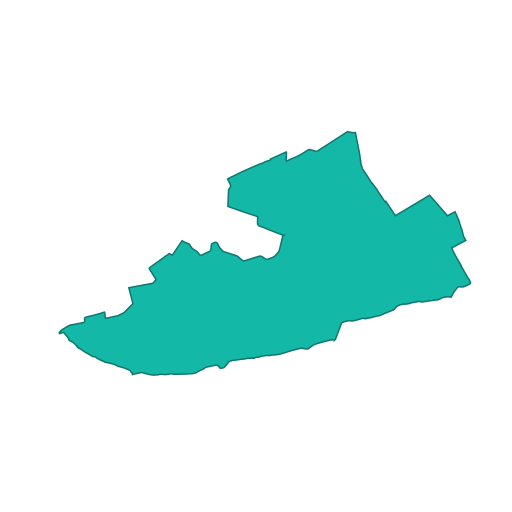 outline of Cumpana, Constanta, Romania, rotated 348°
{"feature_id": "2599482B64755451325856", "entity_name": "Cumpana", "entity_type": "district", "adm_level": 2, "iso_a3": "ROU", "parent_name": "Romania", "parent_adm1": "Constanta", "projection": "equal_earth", "projection_center": [28.523, 44.126], "detail": "fine", "context": "isolated", "style": "filled", "palette": "teal", "viewbox_px": 512, "rotation_deg": 348, "n_neighbors": 0, "source": "geoboundaries", "source_scale": "gbopen_adm2", "svg_char_len": 6004}
<svg xmlns="http://www.w3.org/2000/svg" viewBox="0 0 512 512"><g transform="rotate(348 256 256)"><path d="M50.5,287.9L47.6,290.0L47.5,290.5L47.8,291.1L48.2,291.2L51.1,290.7L51.4,290.5L51.8,290.5L53.5,293.7L54.6,295.7L55.5,297.2L55.5,297.7L55.4,297.7L55.5,299.2L56.1,299.9L57.8,301.5L58.6,302.0L59.6,303.2L61.4,305.7L62.3,306.6L62.6,307.1L62.1,307.3L62.5,308.4L63.0,308.7L63.3,309.1L63.6,309.6L64.7,310.2L64.8,310.3L65.5,311.0L68.2,313.9L70.4,316.0L71.1,316.5L71.5,316.7L72.6,317.7L72.9,318.1L74.2,319.3L75.4,320.4L77.1,320.9L77.8,321.4L78.1,321.7L78.9,322.5L79.9,323.5L83.4,326.4L85.1,327.4L85.6,328.1L86.9,328.9L88.1,329.2L89.7,329.9L91.0,330.6L92.9,331.5L95.7,333.1L97.6,334.9L104.0,338.2L109.1,341.8L109.9,344.0L110.4,344.2L110.5,345.5L110.5,346.3L113.6,346.1L118.9,346.2L120.3,346.3L121.1,346.7L122.1,347.3L124.8,348.7L127.2,349.8L129.6,350.7L131.4,351.3L133.1,351.5L134.9,351.8L137.4,351.8L138.7,352.0L142.8,353.2L144.3,353.4L146.1,353.4L149.1,353.7L150.0,354.1L151.1,354.6L152.1,354.8L155.2,355.4L161.2,356.6L164.4,357.1L168.2,357.7L170.6,357.9L172.1,357.9L172.7,357.8L174.0,357.4L175.5,356.9L177.9,356.3L180.6,355.7L182.3,355.0L183.5,354.5L184.6,354.4L191.2,354.4L194.6,354.4L195.3,354.7L195.8,355.2L196.6,356.3L197.2,357.4L197.6,358.4L198.2,358.6L199.9,358.5L201.3,358.6L201.9,358.2L203.2,357.3L204.6,356.3L207.2,354.0L207.8,353.7L209.2,353.4L211.1,353.3L220.5,354.0L222.9,354.3L226.4,354.4L230.9,355.1L232.8,355.6L233.4,355.5L234.3,355.2L234.9,355.2L237.2,355.4L238.5,355.5L240.3,355.1L241.5,355.2L243.0,355.4L246.1,355.5L247.8,356.1L248.8,356.3L249.8,356.1L252.5,356.3L254.0,356.8L259.9,356.9L264.9,356.5L266.8,356.3L271.6,355.9L280.7,355.5L286.2,357.5L287.2,357.7L287.7,357.7L293.2,355.2L294.5,354.8L295.6,354.6L301.2,354.1L310.7,353.6L313.4,354.0L314.8,354.1L315.8,354.1L315.6,354.5L316.4,354.0L325.8,339.4L326.4,339.1L326.9,338.9L328.2,338.7L330.0,338.6L331.0,338.6L333.5,338.6L334.1,338.7L335.2,339.3L335.7,339.4L337.3,339.6L340.8,339.6L342.8,339.5L345.6,339.3L347.4,339.1L347.8,339.1L349.1,339.8L349.8,340.1L350.2,340.1L351.2,340.1L351.2,339.9L351.5,339.9L353.8,340.2L355.9,340.2L362.5,339.9L364.4,340.1L372.4,338.5L379.4,337.3L379.9,337.1L380.4,336.8L381.3,336.0L382.2,335.3L382.7,334.9L382.9,334.7L383.2,334.6L383.7,334.4L384.8,334.1L385.4,334.0L387.3,333.7L388.6,333.7L389.8,333.7L390.8,333.9L393.4,334.3L396.1,334.4L397.6,334.2L398.4,333.9L398.5,334.1L406.2,334.3L406.4,334.5L408.2,335.3L408.7,335.5L409.2,335.6L410.2,335.6L415.7,335.9L423.6,336.5L424.2,336.6L424.7,336.7L425.3,336.7L425.8,336.6L426.9,336.4L427.9,336.1L428.9,335.7L429.6,335.6L430.5,335.5L432.3,335.6L432.8,335.5L435.2,335.8L435.9,336.0L436.7,336.2L437.5,336.5L438.3,336.9L439.7,335.2L440.2,334.7L441.1,333.5L441.7,332.8L442.6,332.0L443.7,331.0L445.0,330.0L445.9,329.2L447.3,328.2L451.6,329.2L452.1,329.3L453.1,329.2L456.1,328.7L458.0,328.2L459.5,327.8L460.0,327.3L460.3,326.6L459.7,323.3L459.6,323.0L459.2,322.6L458.5,320.7L456.2,313.6L454.4,308.1L454.7,308.0L453.5,304.2L452.2,300.3L451.1,296.8L450.0,292.8L449.1,288.8L464.5,284.4L463.2,280.2L463.0,278.9L463.0,276.5L462.9,273.5L462.4,269.8L462.0,266.1L462.1,264.9L462.0,264.5L461.6,262.4L460.0,254.5L459.9,254.1L451.7,256.4L438.4,232.6L422.6,238.1L416.7,240.1L405.3,244.0L405.3,243.9L403.6,244.5L400.9,245.5L400.8,245.2L400.6,245.3L394.3,229.4L393.4,229.7L388.7,218.0L388.1,216.1L384.8,209.0L384.6,209.1L384.4,208.6L383.9,207.5L382.6,204.1L381.7,201.4L378.4,193.2L378.2,192.3L377.8,186.0L378.0,185.9L378.2,183.7L378.6,176.6L378.9,156.0L378.8,155.9L378.6,155.9L377.9,155.8L377.3,155.7L375.9,155.3L374.0,154.6L371.3,153.4L337.1,166.4L331.3,163.3L330.5,162.9L330.2,162.9L327.6,163.5L325.3,164.5L322.2,165.6L319.9,166.3L316.7,167.2L314.7,167.6L310.1,168.4L305.5,169.6L305.5,169.0L305.6,167.7L305.9,166.5L307.3,161.5L307.1,160.5L290.3,164.2L290.4,164.9L288.8,165.3L288.3,165.4L286.8,165.4L283.7,165.9L283.2,166.1L282.7,166.3L282.0,166.4L281.4,166.5L276.7,167.2L272.8,168.0L272.0,168.3L271.2,168.4L270.7,168.4L270.1,168.5L269.3,168.7L262.2,170.2L257.6,171.3L255.7,171.7L254.8,172.0L252.7,172.5L251.4,172.9L250.7,173.0L249.9,173.3L248.2,173.6L246.9,174.0L246.2,174.2L244.2,174.7L245.4,179.5L245.7,180.7L245.8,181.7L245.7,182.4L245.4,183.0L245.1,183.5L243.5,184.8L243.0,185.5L242.6,186.8L241.3,191.9L238.8,201.7L252.8,210.2L265.8,217.8L264.2,224.6L264.2,225.5L265.1,227.1L270.0,230.1L271.3,231.1L271.9,231.6L287.2,241.6L287.3,241.6L286.6,242.1L286.2,242.4L286.0,242.7L285.8,243.1L285.2,244.3L284.5,245.8L280.3,254.7L279.6,255.9L279.0,256.6L278.5,257.1L276.8,258.3L274.1,260.1L273.4,260.4L273.0,260.6L271.7,260.9L269.6,261.2L268.1,261.4L266.9,261.6L266.3,261.6L265.7,261.5L265.0,261.1L264.7,260.9L263.9,260.2L262.7,258.8L261.8,257.9L261.5,257.6L260.8,257.2L260.1,257.0L259.9,256.9L258.9,256.9L253.2,257.4L252.1,257.5L250.4,257.7L247.2,257.9L244.6,258.3L243.8,258.3L243.3,258.3L242.8,258.1L242.2,257.8L241.4,257.0L238.7,253.4L238.3,252.9L237.8,252.4L237.4,252.0L237.0,251.7L235.1,250.6L226.0,245.4L225.3,245.0L224.8,244.6L224.6,244.3L223.9,243.3L222.5,240.8L222.1,240.0L221.6,238.8L221.4,237.7L221.1,236.2L221.0,235.8L220.7,235.1L220.2,234.6L219.7,234.4L219.1,234.2L218.7,234.2L218.1,234.2L217.6,234.3L217.0,234.4L216.6,234.5L215.8,234.7L215.4,234.9L215.0,235.2L214.7,235.7L214.4,236.1L214.3,236.5L214.2,237.1L213.8,238.7L213.5,239.5L213.2,240.4L212.9,240.9L212.3,241.5L211.6,241.8L209.9,242.2L202.8,243.8L202.5,243.9L202.0,243.9L201.4,243.4L200.9,242.8L200.4,241.5L199.8,240.3L199.0,239.1L198.6,238.7L195.9,236.2L195.2,235.3L194.6,234.1L193.9,232.0L193.3,230.8L193.1,230.4L192.3,229.7L191.1,229.0L190.7,228.7L189.1,227.7L186.9,225.7L174.3,237.8L171.6,235.6L149.9,245.1L149.1,245.6L148.9,246.2L153.0,257.3L153.2,258.5L149.4,261.2L125.0,260.6L125.7,277.0L115.8,283.6L115.0,284.0L108.8,285.6L108.2,285.7L96.4,285.7L96.0,285.6L95.8,285.2L96.3,279.7L96.0,279.3L94.0,279.6L90.5,279.9L84.9,280.2L80.2,280.3L76.7,280.5L76.2,280.6L75.5,281.0L75.2,281.5L75.2,283.2L75.0,284.2L74.3,285.0L73.7,285.2L58.9,285.0L50.5,287.9Z" fill="#14b8a6" stroke="#0f766e" stroke-width="1.5"/></g></svg>